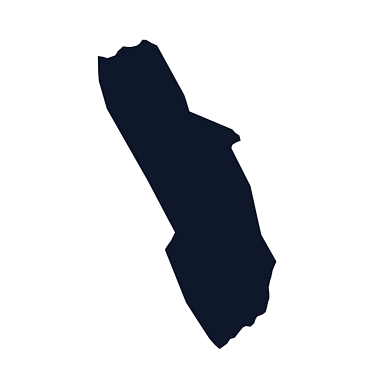 Belém do Piauí, Piauí, Brazil, rotated 348°
{"feature_id": "56859067B25212640254250", "entity_name": "Belém do Piauí", "entity_type": "district", "adm_level": 2, "iso_a3": "BRA", "parent_name": "Brazil", "parent_adm1": "Piauí", "projection": "albers", "projection_center": [-40.98, -7.39], "detail": "fine", "context": "isolated", "style": "filled", "palette": "ink", "viewbox_px": 384, "rotation_deg": 348, "n_neighbors": 0, "source": "geoboundaries", "source_scale": "gbopen_adm2", "svg_char_len": 1001}
<svg xmlns="http://www.w3.org/2000/svg" viewBox="0 0 384 384"><g transform="rotate(348 192 192)"><path d="M183.0,38.5L178.5,34.4L175.4,33.6L172.1,36.6L168.7,38.1L163.4,38.3L158.9,37.5L155.0,36.0L152.3,37.7L149.2,39.3L145.9,43.0L141.4,43.7L137.0,44.3L132.4,41.8L128.8,40.4L125.8,55.9L124.7,64.5L126.7,92.5L128.8,99.2L130.9,105.9L151.7,171.4L163.9,214.5L167.9,228.2L165.5,231.0L162.1,235.5L156.6,240.5L154.3,243.0L162.9,293.1L163.9,298.6L166.0,304.3L171.8,319.6L179.1,338.6L183.6,346.5L186.6,350.4L194.3,347.1L198.3,343.0L203.2,342.7L208.5,338.2L213.2,334.4L216.8,333.5L221.2,335.1L225.0,332.8L227.3,328.8L229.9,326.5L235.3,325.7L238.5,324.2L240.9,319.6L243.0,314.8L244.8,311.9L245.8,307.1L246.4,301.2L249.5,294.1L251.2,291.4L253.9,285.1L256.3,281.5L259.3,277.5L250.2,248.6L250.0,238.0L249.7,198.4L238.8,157.2L240.5,153.8L245.0,152.0L249.5,151.2L249.3,146.9L246.0,143.4L243.9,139.7L205.5,113.0L204.7,102.7L203.9,95.7L187.7,41.9L183.0,38.5Z" fill="#0f172a" stroke="#020617" stroke-width="1.5"/></g></svg>